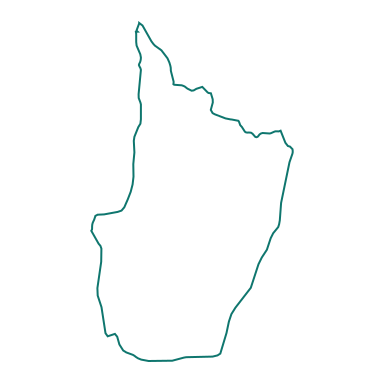 map outline of Upper Demerara-Berbice (Natural Earth projection)
{"feature_id": "GUY-673", "entity_name": "Upper Demerara-Berbice", "entity_type": "Region", "adm_level": 1, "iso_a3": "GUY", "parent_name": "Guyana", "parent_adm1": "", "projection": "natural_earth1", "projection_center": [-58.308, 5.539], "detail": "fine", "context": "isolated", "style": "outline", "palette": "teal", "viewbox_px": 384, "rotation_deg": 0, "n_neighbors": 0, "source": "natural_earth", "source_scale": "10m", "svg_char_len": 1936}
<svg xmlns="http://www.w3.org/2000/svg" viewBox="0 0 384 384"><path d="M135.9,31.9L137.7,31.7L136.5,30.6L139.2,23.3L139.2,23.0L142.5,25.5L151.4,41.3L153.4,44.0L155.0,45.7L161.4,50.3L167.5,58.3L169.4,62.6L170.3,65.6L170.7,67.5L170.8,69.0L170.8,70.2L171.0,71.4L173.6,81.6L173.6,82.6L173.4,84.2L173.9,84.6L174.7,84.8L181.7,85.3L183.4,85.9L184.7,86.5L187.4,88.6L191.6,90.7L192.4,90.6L193.7,90.4L196.4,88.8L202.3,86.9L207.6,92.4L208.6,93.0L210.9,93.3L212.7,99.3L212.8,102.5L210.8,109.9L212.6,113.1L214.8,114.3L225.5,118.4L230.5,119.4L231.7,119.5L238.4,120.8L239.1,122.0L240.2,125.1L241.9,127.0L244.9,131.7L246.0,132.4L247.3,132.6L248.8,132.5L251.0,132.7L252.5,133.7L255.3,136.9L256.5,137.2L257.6,136.8L258.6,135.7L259.4,134.6L260.7,133.6L262.6,133.0L269.7,133.5L270.9,133.2L274.5,131.6L275.6,131.3L278.8,131.4L280.6,130.7L285.4,142.8L287.9,146.0L290.0,146.6L292.5,149.2L292.7,150.8L292.7,152.4L292.4,153.8L289.5,162.2L281.1,202.9L279.8,220.4L279.1,224.3L278.2,227.1L273.2,233.2L270.7,238.2L266.9,249.7L261.8,257.5L258.5,264.2L250.8,287.8L235.4,307.7L231.4,314.1L228.9,321.6L226.5,333.0L220.3,353.6L217.5,355.4L212.6,356.6L186.2,357.2L183.9,357.6L172.3,360.7L148.6,361.0L141.2,359.6L138.0,358.3L135.7,356.8L134.6,355.9L133.0,354.9L126.2,352.4L125.5,351.9L123.2,350.5L119.4,344.5L117.2,336.7L114.9,333.9L107.7,336.3L105.5,333.2L101.5,307.2L97.7,295.6L97.4,288.1L101.2,261.8L101.4,248.6L100.4,245.8L98.6,243.7L91.3,230.8L92.0,229.5L92.1,228.1L92.1,226.4L92.3,224.4L92.8,222.6L94.2,219.6L95.4,215.9L97.6,214.7L104.1,214.4L117.7,211.9L121.5,210.6L124.3,207.3L127.8,199.3L130.7,191.8L132.6,184.4L133.5,176.7L133.3,164.1L134.4,152.4L133.8,140.9L134.4,136.8L138.3,127.1L140.4,123.7L140.9,119.3L140.9,104.4L140.4,102.5L138.7,98.0L138.6,94.2L140.9,69.9L140.4,68.1L139.5,66.5L138.9,65.0L139.3,63.6L140.0,62.4L140.5,60.8L140.8,59.1L140.9,57.5L140.3,54.3L136.6,45.6L136.2,42.0L136.2,33.9L135.9,31.9Z" fill="none" stroke="#0f766e" stroke-width="2"/></svg>